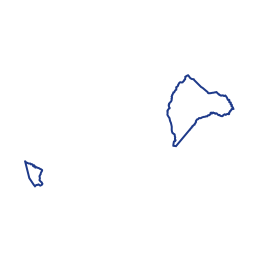 La Esperanza, Intibucá, Honduras (Albers equal-area conic projection), rotated 260°
{"feature_id": "27666195B40908355189071", "entity_name": "La Esperanza", "entity_type": "district", "adm_level": 2, "iso_a3": "HND", "parent_name": "Honduras", "parent_adm1": "Intibucá", "projection": "albers", "projection_center": [-88.153, 14.407], "detail": "fine", "context": "isolated", "style": "outline", "palette": "blue", "viewbox_px": 256, "rotation_deg": 260, "n_neighbors": 0, "source": "geoboundaries", "source_scale": "gbopen_adm2", "svg_char_len": 5572}
<svg xmlns="http://www.w3.org/2000/svg" viewBox="0 0 256 256"><g transform="rotate(260 128 128)"><path d="M169.5,196.3L169.4,195.6L169.1,195.1L169.1,194.6L169.0,194.4L168.6,193.9L168.5,193.4L168.4,193.4L168.1,193.5L167.9,193.4L167.3,193.0L166.5,192.8L166.0,192.7L165.9,192.6L165.7,191.9L164.7,191.3L164.6,191.0L164.4,190.7L164.1,190.3L163.9,190.1L163.5,189.7L163.5,188.8L164.0,187.4L164.0,187.2L163.2,186.0L162.3,185.4L161.9,184.9L161.2,184.8L161.0,184.7L160.2,183.7L159.9,182.8L159.8,182.6L159.6,182.5L159.1,182.6L158.9,182.6L158.2,182.3L157.9,182.3L157.4,182.2L156.9,181.1L156.3,180.6L156.0,180.3L155.8,180.1L155.3,179.8L155.1,179.7L155.1,179.2L155.1,178.9L154.8,178.8L154.4,178.4L153.0,177.6L152.9,177.5L152.7,177.1L152.1,177.0L151.8,176.9L151.7,176.8L151.4,176.4L151.2,176.4L150.7,176.5L150.2,176.6L149.5,176.3L149.2,175.9L148.9,175.9L148.3,176.0L148.2,176.0L147.7,175.7L147.2,175.4L146.7,175.1L146.3,174.6L146.0,174.1L145.4,173.4L144.9,172.7L144.7,172.7L144.4,172.7L144.2,172.7L143.5,172.0L143.4,172.0L143.2,172.1L142.9,172.2L142.3,172.0L141.9,172.1L141.5,172.1L140.8,172.4L140.5,172.5L140.4,172.4L140.2,172.3L140.2,172.1L140.2,171.9L139.7,171.4L139.5,171.1L139.0,170.6L138.7,170.5L138.4,170.0L138.0,169.8L137.8,169.7L137.6,169.7L136.9,169.9L136.5,169.6L135.5,169.5L134.2,169.1L133.9,169.2L133.2,169.4L131.8,170.0L131.4,170.1L130.8,170.4L130.5,170.6L129.7,170.6L129.1,170.6L128.8,170.6L128.5,170.6L126.9,170.8L125.9,171.1L124.8,171.2L122.4,171.3L121.6,171.3L120.0,171.0L118.4,170.7L116.7,170.7L116.3,170.8L115.6,170.9L115.4,171.2L115.0,171.3L114.6,171.7L114.2,172.0L113.9,172.6L113.5,172.8L113.3,172.8L113.0,172.8L112.0,172.7L111.7,172.7L111.4,172.7L111.2,172.7L111.0,172.8L110.7,172.9L110.4,172.8L109.4,172.4L108.4,172.3L108.1,172.3L107.7,172.7L107.0,172.2L106.9,172.0L106.8,171.9L106.8,171.2L106.7,170.9L106.0,170.6L104.6,170.1L103.4,169.7L103.0,169.6L102.6,169.6L101.8,172.1L115.1,187.9L115.3,188.4L115.5,188.5L115.8,188.6L115.9,188.8L116.1,189.1L116.2,189.3L116.8,189.8L116.9,190.0L117.2,190.6L117.3,190.7L117.8,190.9L118.0,191.3L118.2,191.7L118.5,191.7L118.7,191.8L118.9,192.4L119.2,192.8L119.5,193.3L119.7,193.7L119.7,194.1L119.8,194.2L119.9,194.3L120.3,194.3L120.5,194.4L120.6,194.5L121.1,195.1L121.3,195.4L121.4,195.5L121.8,195.7L122.1,196.0L122.9,196.0L123.0,196.1L124.0,197.0L124.5,197.6L124.5,198.3L124.5,198.5L125.2,199.4L125.4,199.6L125.4,199.9L125.1,200.8L125.1,201.3L125.1,201.6L125.4,202.2L125.5,202.5L125.8,204.2L125.7,205.8L125.8,206.3L125.9,206.7L126.0,207.1L125.7,207.8L125.7,208.0L125.8,208.2L126.4,208.8L126.6,209.1L126.6,209.4L126.5,210.3L126.6,210.5L126.9,210.7L127.0,211.0L127.2,211.5L127.3,211.6L128.4,211.9L128.6,212.2L128.7,212.5L128.3,212.8L128.0,212.9L127.8,213.3L127.8,213.6L128.4,214.2L128.4,214.4L128.4,214.5L128.1,214.6L128.0,214.8L127.9,215.1L127.8,215.6L127.7,215.8L127.2,216.1L126.9,216.4L126.9,216.5L127.1,216.8L127.2,217.1L127.2,217.3L127.1,217.5L126.9,217.9L126.5,218.2L126.2,218.4L125.6,218.8L125.0,219.3L125.0,220.0L125.0,220.3L124.9,220.5L124.2,220.8L123.9,221.2L123.7,221.6L123.3,222.6L123.3,222.9L123.3,223.2L123.4,223.4L124.1,224.0L124.4,224.7L124.5,225.1L124.6,225.3L124.7,225.5L124.6,225.8L124.4,226.0L124.1,226.2L124.0,226.4L124.0,226.7L124.3,227.0L124.6,228.2L124.5,228.5L124.1,229.5L124.1,229.8L124.2,230.0L124.4,230.1L125.1,230.0L125.3,230.0L125.5,230.2L125.8,230.8L126.1,231.0L126.7,231.1L126.8,231.2L126.9,231.4L126.9,231.7L127.1,232.1L127.5,232.5L128.5,233.2L128.6,233.3L128.5,233.6L128.4,234.2L128.5,235.1L128.9,235.1L129.2,235.0L129.8,234.9L130.1,234.8L130.6,234.5L131.2,233.8L131.5,233.7L131.7,233.8L132.0,234.1L132.4,234.3L132.6,234.3L132.8,234.2L133.0,234.1L133.1,233.9L133.3,233.5L133.4,233.3L133.6,233.2L133.8,233.3L134.7,233.6L134.9,233.6L135.1,233.6L135.3,233.5L135.4,233.3L135.6,232.5L135.8,232.3L136.1,232.4L137.4,232.6L138.0,232.6L138.2,232.4L138.2,232.2L138.1,231.9L137.9,231.7L138.7,231.1L139.8,230.9L140.8,230.7L141.6,230.3L142.3,230.0L143.0,229.5L143.1,229.4L143.0,229.0L142.9,228.6L142.8,228.4L142.9,228.0L143.5,227.4L143.7,227.1L143.7,226.8L143.6,226.0L143.7,225.8L143.9,225.4L143.8,225.1L144.1,224.6L144.6,224.2L144.8,224.0L144.8,223.7L145.0,223.5L145.1,223.4L145.4,223.3L145.6,223.3L146.1,222.6L146.7,222.3L147.7,221.6L148.0,221.4L148.0,221.1L147.9,221.0L147.8,220.9L148.0,220.3L148.0,220.0L148.0,219.5L147.9,218.1L148.0,217.5L148.0,216.4L148.0,216.1L147.9,215.5L148.1,214.9L148.1,213.8L148.2,213.5L148.5,213.0L148.8,212.8L149.6,212.6L149.8,212.5L150.0,212.3L150.4,211.9L154.5,208.5L155.7,207.1L163.7,201.5L164.6,201.2L165.1,199.5L165.5,198.9L165.9,198.5L166.2,198.1L167.0,197.6L168.4,197.0L169.5,196.3ZM112.9,20.9L95.8,22.1L88.5,25.3L86.8,26.3L87.7,27.6L87.8,28.0L87.7,28.4L87.7,29.2L87.8,29.4L87.9,29.6L88.0,29.9L87.9,30.1L87.7,30.4L86.9,31.0L86.5,31.8L86.8,32.6L87.0,33.2L87.3,33.6L87.5,33.8L88.1,34.0L88.4,33.8L88.6,33.7L89.0,33.7L89.5,33.5L90.3,32.8L91.6,32.0L92.0,31.8L92.4,31.9L93.2,32.3L93.8,32.5L94.4,32.5L95.3,32.5L95.8,32.6L96.0,32.5L96.3,32.8L97.0,33.3L97.5,33.8L97.7,34.0L98.4,34.1L99.5,34.8L100.2,35.5L101.0,36.0L101.3,36.1L101.5,36.1L102.3,35.4L102.8,34.5L103.3,34.0L103.7,33.5L104.0,33.2L104.2,32.8L104.5,32.1L104.9,31.6L105.1,31.3L105.1,30.1L105.3,30.1L106.0,30.2L106.2,29.9L106.1,29.1L106.3,28.9L106.5,28.9L107.3,29.2L107.5,29.1L107.5,28.9L107.0,28.2L106.9,28.1L107.0,28.0L107.1,27.9L108.0,28.0L108.2,27.9L108.4,27.8L108.9,27.2L109.1,27.0L109.0,26.2L109.8,25.7L110.0,25.5L110.0,25.4L110.0,25.1L110.1,24.7L110.4,23.8L111.2,22.7L111.4,22.4L111.5,22.1L111.7,21.8L112.0,21.5L112.3,21.4L112.7,21.2L112.9,21.1L112.9,20.9Z" fill="none" stroke="#1e3a8a" stroke-width="2"/></g></svg>